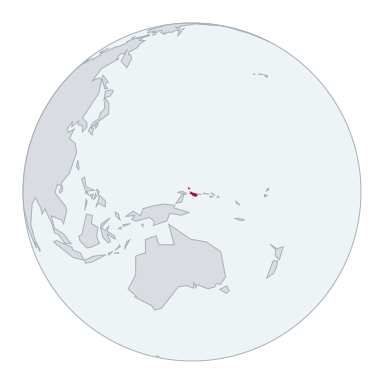 North Solomons highlighted on a globe, orthographic projection, rotated 331°
{"feature_id": "PNG-1245", "entity_name": "North Solomons", "entity_type": "Province", "adm_level": 1, "iso_a3": "PNG", "parent_name": "Papua New Guinea", "parent_adm1": "", "projection": "orthographic", "projection_center": [155.03, -5.041], "detail": "fine", "context": "on_globe", "style": "filled", "palette": "rose", "viewbox_px": 384, "rotation_deg": 331, "n_neighbors": 0, "source": "natural_earth", "source_scale": "10m", "svg_char_len": 7051}
<svg xmlns="http://www.w3.org/2000/svg" viewBox="0 0 384 384"><g transform="rotate(331 192 192)"><circle cx="192" cy="192" r="169" fill="#eef3f6" stroke="#a8b0b8"/><path d="M260.5,225.6L260.6,226.9L260.4,227.1L260.5,225.6ZM332.6,98.3L330.4,95.2L319.1,81.3L303.0,64.9L306.0,67.4L301.8,63.6L297.8,60.5L296.2,59.5L276.3,46.5L261.6,41.1L261.4,42.9L258.0,40.2L260.6,46.8L255.5,48.5L258.5,44.5L256.7,42.7L251.9,42.6L249.0,40.8L245.0,39.9L242.0,37.9L244.1,36.3L242.2,35.2L238.9,35.3L233.8,33.7L238.9,33.7L230.5,31.3L232.4,29.4L248.6,33.0L247.2,32.3L258.6,36.7L269.6,41.9L280.2,47.9L290.4,54.6L300.0,62.1L309.1,70.2L317.6,79.0L325.4,88.4L332.6,98.3ZM313.1,128.3L311.8,124.6L314.3,126.8L313.1,128.3ZM309.9,122.4L310.6,123.7L309.8,122.7L309.9,122.4ZM308.5,121.8L309.5,122.3L308.5,122.1L308.5,121.8ZM306.8,121.4L307.7,121.4L307.6,121.6L306.8,121.4ZM303.8,119.6L303.0,119.1L303.8,118.7L303.8,119.6ZM296.0,59.5L298.0,60.7L302.7,64.5L301.3,63.5L296.0,59.5ZM286.6,53.3L286.8,53.1L291.5,56.5L289.9,55.6L286.6,53.3ZM261.9,45.0L264.2,45.1L263.0,45.7L261.9,45.0ZM245.0,40.1L245.3,40.8L243.1,40.1L245.0,40.1ZM236.5,36.6L232.9,35.5L236.9,36.3L236.5,36.6ZM231.0,34.7L222.3,32.7L222.2,33.8L217.6,30.1L226.6,32.7L231.5,33.3L229.7,33.7L231.0,34.7ZM216.5,28.6L214.7,28.1L217.0,28.4L216.5,28.6ZM141.4,30.8L142.9,30.3L149.0,28.6L164.2,25.6L165.0,26.1L159.1,27.2L169.5,26.9L169.6,28.6L171.6,27.8L178.0,27.9L178.0,27.2L179.5,26.9L195.8,28.1L198.1,29.2L207.4,30.0L208.5,29.7L207.3,28.9L217.6,30.1L222.2,33.8L219.6,34.1L224.2,36.7L217.7,37.2L214.4,39.2L204.6,39.1L202.8,41.1L204.8,42.0L204.0,45.9L195.3,51.8L193.4,43.1L204.8,35.9L199.4,38.2L198.0,36.7L194.4,37.1L190.8,39.1L192.0,39.9L172.7,40.2L158.8,46.5L166.2,47.1L167.6,50.1L158.2,60.5L132.0,74.2L133.6,80.5L131.5,84.3L125.4,86.2L128.2,80.5L124.9,78.0L127.4,74.9L118.5,76.7L121.8,72.3L113.2,76.4L112.9,80.1L119.6,79.7L110.8,85.8L113.4,93.0L110.2,101.5L93.7,116.2L82.2,120.7L80.8,123.6L78.1,120.2L71.7,126.0L74.4,142.8L73.3,147.8L64.3,157.4L64.6,153.6L57.5,144.7L54.1,156.7L59.4,166.7L61.1,178.8L56.1,175.1L54.6,164.6L52.1,161.1L54.3,150.5L55.1,135.4L50.2,138.5L52.0,132.5L52.4,120.8L46.2,125.2L35.3,142.1L31.3,158.0L28.6,165.5L31.4,143.5L36.0,128.9L34.8,130.7L38.3,121.9L43.5,111.3L49.5,101.2L56.2,91.4L63.6,82.2L71.6,73.5L80.1,65.4L89.2,57.9L98.9,51.0L108.9,44.9L119.4,39.4L130.2,34.7L141.4,30.8ZM80.6,317.6L83.2,319.5L83.1,319.9L80.6,317.6ZM93.9,208.1L98.3,209.1L98.3,209.9L93.9,208.1ZM89.2,205.2L94.1,205.6L88.6,206.9L89.2,205.2ZM96.0,205.8L100.9,204.4L103.0,203.2L102.8,204.9L96.0,205.8ZM86.1,205.1L70.1,204.7L64.1,202.5L65.2,199.6L74.8,200.4L86.1,205.1ZM64.7,199.5L56.1,191.4L46.7,168.5L50.0,168.7L60.3,182.4L59.6,184.9L64.8,191.2L64.7,199.5ZM86.9,184.7L86.2,192.2L77.1,191.4L73.1,190.1L70.3,180.5L71.8,175.7L75.0,175.9L89.0,160.1L93.5,164.2L88.8,170.8L92.6,177.3L86.9,184.7ZM31.3,159.5L31.1,168.8L29.9,170.6L31.3,159.5ZM95.9,149.3L89.4,155.9L95.8,147.0L95.9,149.3ZM100.5,140.9L100.2,144.4L98.4,140.9L100.5,140.9ZM79.4,128.1L76.0,128.9L76.6,126.5L81.3,124.2L79.4,128.1ZM107.6,108.9L105.2,115.4L103.7,117.7L103.3,113.6L107.6,108.9ZM162.8,25.7L167.1,24.9L166.8,25.1L165.8,25.3L162.8,25.7ZM169.0,24.6L167.5,24.8L164.3,25.4L165.6,25.1L169.0,24.6ZM229.5,291.6L233.5,293.7L229.8,298.4L223.6,302.9L215.6,303.5L229.5,291.6ZM172.9,297.3L169.1,290.7L177.0,291.0L176.7,296.5L172.9,297.3ZM234.0,288.2L237.2,283.1L235.0,275.6L238.7,282.7L245.3,284.1L235.6,293.5L234.0,288.2ZM134.1,268.3L108.8,279.0L102.2,277.2L101.6,272.0L91.1,256.1L93.0,256.5L89.0,246.0L102.6,237.1L111.7,220.8L122.0,222.5L128.1,211.0L139.4,212.8L137.4,222.0L150.8,229.5L156.0,208.9L168.0,232.8L180.3,242.5L188.2,258.2L180.2,282.5L172.1,286.6L168.9,283.8L165.9,286.1L158.9,284.3L151.6,275.3L148.9,277.6L150.0,271.5L146.8,276.8L141.6,271.0L134.1,268.3ZM216.8,236.1L219.5,237.1L224.8,242.0L220.5,240.6L216.8,236.1ZM254.1,229.2L256.1,231.5L253.1,231.4L254.1,229.2ZM260.4,227.1L256.7,227.2L260.5,225.6L260.4,227.1ZM226.3,224.1L227.9,225.8L227.0,226.2L226.3,224.1ZM225.2,223.5L226.2,221.3L226.5,223.7L225.2,223.5ZM211.3,209.1L212.5,208.1L213.3,209.2L211.3,209.1ZM105.0,209.5L110.8,203.8L114.3,203.6L105.0,209.5ZM208.9,206.3L205.4,205.6L205.6,204.4L208.9,206.3ZM208.7,203.5L208.2,201.7L210.8,206.1L208.7,203.5ZM201.7,198.7L206.2,202.4L201.3,199.0L201.7,198.7ZM199.3,198.8L196.3,197.1L196.4,196.6L199.3,198.8ZM168.5,197.1L179.4,208.4L171.4,207.1L162.1,199.9L156.2,205.0L142.0,202.6L144.8,199.3L142.5,193.7L128.7,190.3L126.0,186.6L130.6,184.7L121.9,181.2L131.3,180.4L135.5,187.9L141.0,182.9L151.1,185.2L161.4,188.8L170.4,195.2L168.5,197.1ZM132.0,196.2L133.7,196.4L132.4,198.4L132.0,196.2ZM190.5,192.3L194.9,196.4L194.5,197.2L192.4,196.4L190.5,192.3ZM172.4,194.2L181.7,189.5L184.1,189.9L178.0,195.8L172.4,194.2ZM179.1,185.3L183.8,186.7L186.4,190.4L185.5,191.2L179.1,185.3ZM112.7,188.1L112.4,190.1L110.1,188.4L112.7,188.1ZM115.7,187.1L122.9,189.8L115.1,188.8L115.7,187.1ZM95.5,179.1L97.3,183.8L103.2,181.2L98.7,185.2L103.1,193.2L101.9,196.0L97.5,187.4L96.5,196.0L93.9,195.8L92.2,188.3L94.6,179.4L97.2,175.9L108.1,174.9L95.5,179.1ZM115.5,181.4L113.7,175.9L115.1,172.4L117.0,175.4L115.5,181.4ZM108.9,162.8L104.7,156.5L100.4,158.6L109.7,150.7L112.0,158.0L108.9,162.8ZM106.3,149.5L102.2,151.3L106.8,146.7L106.3,149.5ZM101.4,149.3L101.6,145.2L104.5,145.9L101.4,149.3ZM108.3,149.8L110.0,142.9L111.0,147.0L108.3,149.8ZM101.9,136.1L107.2,143.0L99.3,139.8L101.7,127.0L105.2,126.8L101.9,136.1ZM138.7,89.5L139.3,86.3L143.3,86.0L141.7,88.2L138.7,89.5ZM156.8,83.4L144.5,84.9L134.9,86.9L136.7,88.5L132.3,93.6L130.9,88.4L139.5,83.2L146.4,82.8L149.8,78.8L156.3,76.6L158.5,71.7L162.1,69.9L162.2,74.5L156.8,83.4ZM159.1,69.6L165.3,61.7L171.6,63.8L171.7,66.0L166.2,68.6L163.2,67.3L159.1,69.6ZM168.6,60.6L165.7,59.4L168.7,48.4L170.9,46.8L172.0,55.4L169.4,54.9L167.5,57.5L168.6,60.6ZM214.0,28.4L214.6,28.1L215.4,28.6L214.0,28.4ZM179.3,26.6L181.5,26.3L182.3,26.7L179.3,26.6ZM187.8,25.8L185.3,25.5L188.7,25.6L187.8,25.8ZM179.7,25.3L184.7,25.4L178.7,25.6L179.7,25.3Z" fill="#d9dde1" stroke="#a8b0b8" stroke-width="1"/><path d="M194.6,196.7L194.7,196.8L194.7,197.0L194.4,197.1L194.2,197.2L194.1,197.3L193.9,197.4L193.7,197.4L193.4,197.3L193.2,197.2L192.9,196.9L192.5,196.5L192.4,196.4L192.5,196.4L192.6,196.2L192.6,195.9L192.4,195.7L192.2,195.6L191.9,195.5L191.9,195.4L191.8,195.2L191.7,195.2L191.4,194.9L191.2,194.7L191.2,194.4L191.1,194.2L191.1,193.7L191.2,193.4L191.0,193.2L191.4,193.3L191.5,193.4L191.6,193.5L191.8,193.5L192.0,193.5L192.3,193.8L192.3,194.0L192.5,194.1L192.5,194.3L192.7,194.5L192.9,194.6L193.0,194.7L193.0,194.8L193.1,195.0L193.4,195.4L193.5,195.4L193.6,195.5L193.7,195.4L193.8,195.4L193.8,195.5L194.0,195.6L194.1,195.8L194.3,195.9L194.3,196.0L194.5,196.2L194.5,196.3L194.6,196.5L194.6,196.7ZM191.1,192.5L191.0,192.9L191.0,193.1L190.9,193.2L190.7,192.7L190.7,192.3L190.7,192.2L190.5,192.3L190.6,192.2L190.8,191.9L191.0,192.0L191.0,192.3L191.1,192.5L191.1,192.5ZM190.9,186.8L191.1,187.1L191.1,187.3L191.0,187.2L190.9,186.9L190.8,186.7L190.6,186.6L190.8,186.7L190.9,186.8ZM189.5,190.3L189.7,190.5L189.6,190.4L189.5,190.3Z" fill="#f43f5e" stroke="#9f1239" stroke-width="1.5"/></g></svg>